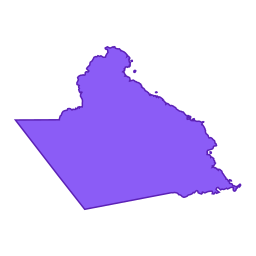 outline of Baegu-Asifola, Malaita, Solomon Islands
{"feature_id": "97153195B83644089590295", "entity_name": "Baegu-Asifola", "entity_type": "district", "adm_level": 2, "iso_a3": "SLB", "parent_name": "Solomon Islands", "parent_adm1": "Malaita", "projection": "albers", "projection_center": [160.871, -8.5], "detail": "fine", "context": "isolated", "style": "filled", "palette": "violet", "viewbox_px": 256, "rotation_deg": 0, "n_neighbors": 0, "source": "geoboundaries", "source_scale": "gbopen_adm2", "svg_char_len": 5834}
<svg xmlns="http://www.w3.org/2000/svg" viewBox="0 0 256 256"><path d="M15.4,120.0L58.0,175.2L84.7,209.3L171.4,192.7L172.8,192.8L174.5,192.5L176.5,192.8L177.8,193.4L178.7,194.7L179.9,194.8L181.2,195.5L182.2,196.6L183.9,197.3L185.5,196.9L187.1,196.2L188.3,195.0L189.9,194.7L191.6,194.0L192.6,193.4L193.1,192.5L193.8,192.5L194.4,192.8L196.0,191.0L196.8,190.6L197.7,191.1L198.2,192.8L200.1,193.6L201.6,194.0L202.3,193.1L202.2,192.3L202.7,192.1L204.9,192.9L207.9,191.6L210.5,191.2L212.0,191.2L212.6,192.6L212.2,193.7L213.9,194.0L215.3,192.3L216.6,193.3L219.2,192.2L217.2,190.7L216.0,189.3L216.8,187.8L218.0,187.4L220.6,189.9L222.0,189.1L223.8,189.5L226.6,188.3L227.6,189.0L228.9,188.4L230.4,187.6L231.5,187.3L232.9,187.5L233.3,187.6L233.4,187.9L233.2,188.3L233.5,189.0L233.2,189.5L233.4,190.4L233.7,190.8L234.4,191.1L234.9,191.1L235.9,190.1L236.1,189.7L236.0,189.1L236.5,188.5L237.4,187.9L237.8,187.0L238.7,186.7L239.5,187.0L240.6,185.4L240.6,184.9L240.4,184.4L240.0,184.2L239.6,184.4L238.3,185.7L236.2,186.7L234.9,186.2L234.0,185.7L232.9,185.7L232.6,185.3L232.3,184.2L231.4,183.7L229.6,183.4L229.4,182.1L228.9,181.6L228.4,181.4L228.3,180.8L227.4,179.5L226.7,179.1L226.1,179.2L225.9,179.0L225.9,177.9L224.5,176.1L223.3,174.1L222.4,173.1L221.9,171.4L221.5,170.8L220.7,170.3L220.0,169.6L219.6,169.4L218.3,169.3L218.2,170.1L217.7,169.7L216.9,169.1L216.7,168.5L216.4,168.3L215.7,168.1L215.3,167.7L214.5,167.8L213.9,167.2L213.3,167.1L212.2,167.4L212.6,166.7L212.3,166.3L212.3,165.9L213.7,165.8L215.5,163.1L214.5,162.3L214.7,161.2L213.6,159.7L213.8,158.8L213.6,158.4L211.6,157.0L211.1,157.1L210.7,157.4L210.6,156.1L209.6,154.8L208.3,154.7L207.4,154.4L207.2,154.5L207.0,154.1L207.5,153.2L207.4,152.7L206.9,152.0L207.4,151.3L207.4,150.7L207.6,150.4L212.2,149.0L212.8,148.6L213.3,147.5L213.5,146.5L214.4,146.0L216.2,145.8L216.5,145.6L216.4,145.0L215.9,143.6L215.0,143.0L214.7,141.1L214.4,140.6L212.9,139.5L212.3,138.6L211.3,137.9L210.5,137.6L209.3,138.0L209.0,137.9L208.3,136.3L208.1,135.4L207.4,134.9L207.2,134.5L206.0,133.6L205.4,131.8L205.5,130.3L205.0,129.5L205.0,128.9L203.9,126.7L202.6,124.9L201.8,124.8L201.7,124.6L202.2,123.9L202.1,123.1L201.5,122.2L199.6,121.3L198.2,121.2L196.9,121.4L193.9,120.4L193.0,120.8L192.5,120.5L192.2,119.9L191.6,120.0L191.5,120.5L191.3,120.6L189.5,119.0L188.9,119.0L187.9,119.3L187.3,119.3L187.0,118.0L187.6,117.8L187.8,117.5L187.4,115.9L186.6,115.8L186.3,115.5L184.7,113.9L183.4,112.1L182.8,111.9L182.0,111.9L181.4,111.4L179.6,111.1L176.4,109.0L175.6,107.6L174.0,106.8L173.6,106.3L171.7,105.5L171.0,105.5L170.4,105.7L169.6,105.1L169.4,105.1L168.9,104.4L168.0,103.7L167.5,103.5L167.2,103.6L166.6,103.3L165.8,104.4L165.7,104.2L166.0,103.5L165.9,102.9L165.1,102.4L165.0,102.0L164.5,101.7L163.9,101.0L163.5,100.0L162.7,100.1L162.6,99.0L160.4,97.3L159.3,96.9L158.8,97.3L158.8,97.1L158.5,97.1L158.2,96.8L157.7,96.9L157.8,96.5L157.2,96.0L156.7,96.1L156.3,96.8L156.1,96.2L155.6,95.8L155.3,96.0L154.9,95.8L154.5,95.9L154.2,95.7L153.6,96.0L153.5,95.5L151.8,94.9L151.6,95.1L151.3,94.8L150.4,94.7L150.1,95.4L149.8,95.3L149.7,95.0L150.1,94.8L150.0,94.4L149.8,94.6L149.4,94.5L148.4,92.7L147.6,92.3L147.0,91.6L145.7,90.9L145.4,90.9L144.8,90.0L144.7,89.6L144.1,88.8L143.5,88.2L142.7,87.9L142.1,87.0L141.6,87.0L141.5,85.3L140.7,84.6L140.6,84.0L139.6,83.5L139.2,83.0L137.8,82.4L137.1,82.4L136.1,81.6L135.2,81.6L134.8,81.0L133.3,80.1L129.5,81.1L129.5,80.9L130.1,80.1L130.1,79.6L129.9,79.2L129.9,78.7L129.6,77.7L128.5,77.0L127.4,76.8L126.7,76.1L125.1,76.0L125.7,75.3L125.5,74.9L125.1,74.8L124.2,72.7L123.5,72.0L122.8,71.8L123.6,71.0L124.4,70.9L124.8,69.8L124.5,69.6L124.6,69.1L124.3,68.8L125.2,68.0L125.4,67.1L126.6,67.0L126.9,66.8L127.5,67.3L128.1,67.0L128.4,66.7L129.2,66.9L130.2,65.8L129.9,65.3L129.5,65.1L129.9,64.8L130.2,64.4L130.0,63.9L130.3,63.1L130.1,62.4L129.7,62.5L129.4,62.2L129.0,60.1L129.3,59.7L129.1,59.3L128.9,59.1L129.8,58.3L129.7,57.7L128.4,56.2L127.6,56.0L127.1,56.4L127.4,55.6L127.0,55.2L127.1,54.9L125.3,52.9L123.9,51.8L121.4,50.7L121.0,50.8L120.8,50.2L120.6,50.1L119.3,48.8L118.7,48.9L117.4,48.8L115.6,48.3L115.1,47.8L115.0,47.0L114.4,46.7L113.3,47.3L113.0,46.8L110.4,48.0L109.5,47.9L107.4,46.8L105.2,48.0L105.3,48.7L106.2,49.4L107.3,49.4L107.7,50.2L107.7,51.2L108.0,52.4L106.8,53.9L105.9,55.5L105.5,57.1L103.3,57.3L100.9,55.8L99.8,56.4L97.9,55.7L96.8,56.8L95.5,56.6L94.0,57.3L93.1,59.2L91.9,61.1L90.3,62.2L90.0,63.2L89.8,65.0L87.1,67.7L86.6,68.8L88.8,71.0L88.0,72.0L86.2,71.7L85.3,72.5L85.1,74.8L84.0,75.2L83.1,74.8L82.5,75.1L80.4,75.3L78.5,76.4L77.6,77.6L78.4,79.8L76.9,82.8L77.0,84.5L79.2,85.5L78.6,86.6L78.7,87.5L79.4,88.4L78.7,89.5L79.4,91.7L80.0,92.5L81.0,92.0L81.9,92.3L80.7,94.1L80.4,96.0L82.3,99.5L82.5,101.1L82.3,103.3L82.4,105.1L82.2,106.9L81.3,106.8L80.5,107.1L79.8,106.7L79.5,106.8L79.3,107.9L78.3,107.0L77.8,107.3L77.5,108.5L76.6,108.6L75.8,108.2L75.6,108.6L75.6,109.4L73.8,109.5L73.1,109.2L72.0,110.0L70.3,108.7L69.1,108.5L67.8,108.7L67.0,110.3L65.2,110.5L63.2,111.3L62.1,112.8L61.1,115.5L60.2,116.0L59.4,118.8L59.4,119.8L15.4,120.0ZM190.8,117.0L190.7,116.7L190.4,116.4L189.7,116.4L189.3,116.6L188.9,116.2L188.8,115.7L188.2,115.6L188.3,116.5L189.5,118.5L190.0,118.7L190.5,118.4L190.5,117.6L190.8,117.0ZM135.8,70.9L135.0,70.3L134.1,70.7L133.8,71.9L134.2,72.3L134.8,72.4L135.3,71.9L135.8,70.9ZM211.3,152.9L211.3,152.3L210.9,151.9L210.4,151.9L210.5,152.1L210.1,152.3L210.2,153.2L210.8,153.4L211.1,153.3L211.3,152.9ZM231.4,180.9L231.2,180.4L230.5,180.0L229.6,179.8L229.5,180.3L231.1,181.0L231.4,180.9ZM132.3,61.3L132.3,60.6L132.0,60.3L131.6,60.6L131.2,60.6L131.5,61.1L131.4,61.5L132.3,61.3ZM157.0,92.4L156.9,92.1L156.5,91.9L155.6,92.2L155.6,92.5L156.1,92.7L157.0,92.4ZM194.4,119.2L194.1,118.7L193.1,118.9L193.0,119.0L193.7,119.5L194.4,119.4L194.4,119.2ZM203.7,121.9L203.3,121.7L202.9,121.7L202.7,121.8L202.8,122.2L203.5,122.3L203.7,121.9Z" fill="#8b5cf6" stroke="#5b21b6" stroke-width="1.5"/></svg>